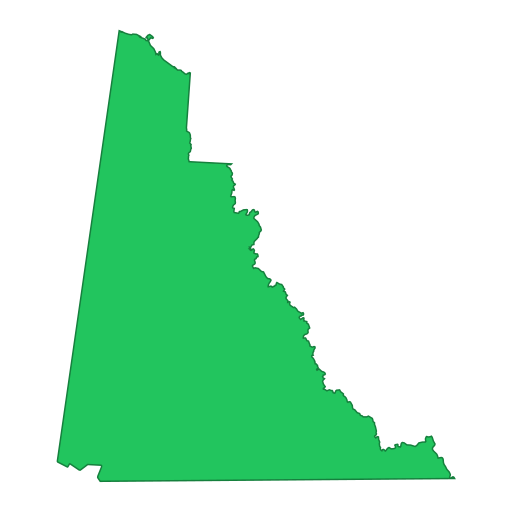 outline of Yukon
{"feature_id": "CAN-636", "entity_name": "Yukon", "entity_type": "Territory", "adm_level": 1, "iso_a3": "CAN", "parent_name": "Canada", "parent_adm1": "", "projection": "albers", "projection_center": [-131.937, 64.827], "detail": "fine", "context": "isolated", "style": "filled", "palette": "green", "viewbox_px": 512, "rotation_deg": 0, "n_neighbors": 0, "source": "natural_earth", "source_scale": "10m", "svg_char_len": 6051}
<svg xmlns="http://www.w3.org/2000/svg" viewBox="0 0 512 512"><path d="M67.4,467.0L57.7,462.0L57.4,461.5L57.4,460.8L119.2,30.7L120.9,31.4L120.7,31.8L121.2,32.2L121.8,32.2L121.7,31.9L122.1,31.7L124.8,33.1L128.6,34.3L131.5,34.8L132.8,34.1L136.5,34.4L141.4,37.0L138.7,35.7L139.8,37.1L145.1,39.1L146.0,40.5L148.5,40.9L150.4,45.4L153.8,48.7L155.6,52.5L155.9,54.4L156.7,53.8L157.6,53.9L157.5,54.3L157.2,54.2L158.5,55.0L158.5,54.5L159.0,54.2L159.6,52.2L158.6,52.8L159.1,52.0L159.7,51.7L160.3,52.0L160.4,52.8L160.4,54.9L160.6,55.5L161.8,57.8L163.8,60.0L172.8,66.6L174.4,66.8L175.0,67.4L174.2,67.3L174.2,67.7L176.3,68.8L177.5,70.1L180.2,70.1L181.3,70.5L181.8,71.5L182.7,71.9L185.2,74.0L186.6,74.3L187.7,73.3L188.9,73.6L188.7,73.0L189.4,72.6L190.3,73.0L186.4,127.9L186.7,129.4L186.6,131.1L189.1,132.5L189.6,133.1L190.3,135.1L190.4,137.7L190.8,138.6L190.5,139.1L190.2,141.3L189.7,143.0L191.1,144.5L191.0,145.1L190.7,145.3L191.3,148.3L190.8,149.2L190.3,151.6L188.7,152.9L188.4,153.6L188.4,154.2L188.9,155.2L188.4,156.8L188.5,157.7L188.3,158.9L188.8,160.3L189.1,161.7L231.5,163.9L230.7,164.7L227.6,164.6L226.7,165.6L226.7,166.1L227.0,166.5L229.6,168.1L230.2,168.9L230.3,169.6L231.1,170.4L231.5,172.0L232.3,173.0L232.4,173.5L232.1,175.0L231.1,176.1L231.0,176.8L232.4,179.0L231.9,180.1L232.0,180.5L232.9,181.1L233.7,183.2L235.3,184.2L235.1,184.7L233.7,185.7L233.4,186.5L233.5,187.5L234.3,189.2L234.4,190.0L234.0,190.4L232.5,189.6L232.0,190.3L231.8,192.9L230.7,196.2L231.1,196.7L231.8,196.8L234.2,196.6L235.1,197.1L235.4,198.6L235.1,200.4L235.4,202.4L235.2,203.6L233.4,205.1L232.9,206.1L232.5,207.3L233.0,208.1L234.3,208.4L233.8,211.4L234.2,212.5L238.4,213.3L239.1,212.6L239.2,211.8L239.5,211.5L240.4,211.5L243.4,209.9L246.6,209.6L247.3,209.8L247.5,210.9L247.3,212.0L245.8,214.6L246.3,215.1L247.6,215.3L249.3,214.7L249.5,213.3L249.9,212.5L250.9,211.9L252.5,209.9L253.7,209.6L254.4,210.1L254.8,211.7L255.6,212.2L257.3,211.3L258.0,211.7L258.3,212.7L258.3,213.6L258.1,213.9L254.9,215.6L253.9,217.3L253.8,218.4L257.6,221.8L259.0,224.2L259.3,225.6L260.5,227.1L261.3,230.0L260.7,231.2L259.3,232.4L259.3,233.8L258.7,235.2L258.4,237.2L257.8,237.4L257.4,238.3L254.4,241.3L253.9,242.5L253.9,244.5L252.1,244.9L250.7,247.0L249.4,247.1L249.7,247.6L250.6,247.9L250.7,248.5L250.5,248.8L249.3,248.9L250.7,250.4L251.1,250.4L251.1,249.9L251.4,249.7L252.4,249.7L253.1,248.8L253.8,249.3L254.4,250.4L253.8,252.9L255.3,253.8L257.4,254.0L257.7,254.5L258.1,256.3L257.8,256.8L256.6,257.1L256.1,258.6L254.6,259.4L254.5,260.4L255.1,262.2L255.1,263.3L254.7,264.0L252.6,265.4L252.4,266.0L252.5,266.3L253.6,268.4L255.1,267.8L258.3,268.5L261.5,271.5L263.5,271.9L265.9,276.6L267.6,278.5L269.9,278.9L271.0,280.1L270.4,281.5L269.2,283.1L268.5,284.5L268.1,286.3L268.2,286.8L271.0,286.1L272.3,287.2L272.7,287.2L273.3,286.4L274.5,286.3L275.0,285.4L276.1,285.0L276.4,283.1L276.9,282.5L279.6,284.1L281.7,284.5L283.3,286.8L283.3,287.6L284.7,289.1L283.5,291.2L285.3,291.9L286.2,294.5L287.4,295.3L286.1,297.2L286.0,298.2L286.3,299.0L287.8,300.6L287.7,302.3L289.1,301.7L289.9,302.0L290.0,302.5L289.5,303.7L289.7,304.4L290.3,305.4L293.6,307.6L294.6,307.2L296.6,309.1L297.4,310.6L298.1,311.4L301.5,313.2L303.0,312.7L303.3,313.0L303.6,314.0L303.4,314.7L303.0,315.2L301.6,315.1L301.2,316.0L300.0,316.2L299.2,317.2L299.2,317.8L300.6,319.5L303.1,317.7L303.8,317.9L304.0,318.4L303.6,319.4L304.1,320.2L303.9,320.9L306.8,321.6L306.8,323.2L308.3,324.1L309.7,328.0L308.3,329.1L308.0,329.9L307.9,330.5L308.1,332.4L307.9,332.9L306.8,333.9L304.9,334.5L303.6,335.7L303.2,338.0L303.6,338.2L305.2,337.9L305.7,338.2L306.9,340.7L308.5,341.1L309.7,344.4L310.0,344.9L309.8,345.7L309.9,346.0L312.2,347.2L313.9,346.6L314.8,346.7L315.1,347.9L313.8,350.0L313.7,351.3L313.0,352.5L312.8,354.4L313.2,355.2L311.9,355.5L311.7,356.3L312.0,357.1L313.3,358.4L314.8,361.2L314.9,361.5L314.6,361.8L315.1,362.8L315.2,363.8L316.3,364.0L316.8,364.8L317.5,365.3L317.5,366.6L318.1,367.3L318.1,368.3L316.9,369.0L316.6,369.6L317.0,370.2L319.1,369.0L321.7,371.4L323.6,372.0L324.7,372.7L325.3,374.0L324.7,374.8L323.2,375.1L323.0,376.3L322.5,376.7L323.1,377.9L324.5,378.7L323.4,379.8L322.8,380.6L322.6,381.4L323.4,384.0L324.5,385.8L325.2,386.5L324.9,387.2L323.5,388.3L323.3,388.8L323.4,389.2L324.5,389.3L326.9,390.8L329.4,389.8L331.3,390.6L332.1,390.5L332.7,391.2L333.1,392.7L334.7,393.2L335.0,393.0L335.8,390.9L336.6,390.2L339.6,389.9L340.6,391.7L343.4,393.9L343.3,395.5L343.5,395.8L344.7,396.5L345.9,397.7L346.8,399.6L347.3,401.8L347.9,402.3L349.2,401.7L350.4,402.0L352.3,405.4L352.5,407.6L353.1,409.1L354.7,409.7L357.2,412.7L359.6,413.5L360.4,415.3L362.2,415.9L363.2,416.9L366.8,416.9L368.4,416.1L372.3,418.4L372.7,419.5L373.1,421.6L374.5,422.7L374.5,424.4L375.4,426.7L376.4,431.1L376.0,432.7L376.5,433.9L375.9,435.1L374.8,435.8L374.6,436.2L374.7,436.7L375.8,437.9L377.2,436.7L378.4,436.9L378.7,439.6L379.7,442.1L379.3,443.6L379.7,446.5L380.5,447.3L380.3,448.5L380.6,449.7L381.9,450.8L382.5,449.7L383.2,449.4L384.0,449.7L385.1,450.9L385.5,451.0L387.6,448.3L389.0,447.5L391.3,448.9L394.1,448.6L395.1,448.1L395.6,447.3L395.5,446.5L394.9,445.5L395.0,444.9L395.8,444.6L397.6,444.3L397.9,444.6L397.9,446.1L398.4,446.6L400.3,447.0L400.7,446.5L401.2,443.8L401.6,443.0L402.4,442.5L404.2,442.9L406.9,444.9L410.7,445.1L415.1,446.5L416.8,445.4L418.9,442.9L422.4,442.1L425.4,442.0L425.8,441.5L425.5,439.7L425.5,438.6L426.2,436.9L426.7,436.5L428.1,437.0L430.0,436.8L431.4,436.2L432.2,437.3L433.4,441.1L435.0,444.0L434.6,445.3L432.6,447.6L432.4,449.3L433.6,451.1L436.7,454.1L437.4,455.5L438.1,458.1L441.2,457.5L442.1,457.7L442.8,458.4L443.2,459.7L443.4,462.4L444.0,464.4L445.5,466.6L446.8,469.3L449.2,472.0L450.3,474.4L450.3,475.1L449.6,477.2L449.7,478.2L450.4,478.3L452.6,476.9L453.3,476.9L454.0,477.4L454.6,478.5L100.2,481.3L97.7,477.6L97.8,476.3L101.4,467.4L101.6,466.4L101.5,465.5L101.0,465.2L87.7,464.5L80.3,470.1L79.2,470.0L69.9,463.7L69.5,463.9L67.8,466.8L67.4,467.0ZM149.7,34.5L152.6,36.6L153.3,37.8L152.7,38.4L150.7,37.8L149.1,39.9L148.7,39.9L147.6,39.0L147.0,37.4L145.7,37.9L147.9,35.3L149.7,34.5Z" fill="#22c55e" stroke="#15803d" stroke-width="1.5"/></svg>